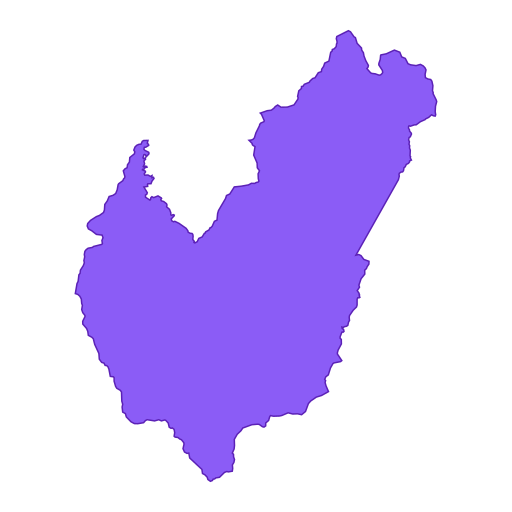 the district of Utcubamba, Amazonas, Peru
{"feature_id": "86281439B73315101481334", "entity_name": "Utcubamba", "entity_type": "district", "adm_level": 2, "iso_a3": "PER", "parent_name": "Peru", "parent_adm1": "Amazonas", "projection": "robinson", "projection_center": [-78.316, -5.759], "detail": "fine", "context": "isolated", "style": "filled", "palette": "violet", "viewbox_px": 512, "rotation_deg": 0, "n_neighbors": 0, "source": "geoboundaries", "source_scale": "gbopen_adm2", "svg_char_len": 6013}
<svg xmlns="http://www.w3.org/2000/svg" viewBox="0 0 512 512"><path d="M148.0,140.4L143.7,140.5L142.3,141.3L141.0,144.2L139.0,144.3L136.7,145.3L135.0,147.0L133.8,150.1L134.8,151.8L134.4,153.8L129.8,157.5L129.4,162.1L127.5,164.7L127.1,167.7L125.0,168.8L123.3,170.8L124.9,176.6L124.6,177.9L123.6,178.9L122.8,180.7L118.7,183.7L118.1,184.7L117.2,189.8L115.7,193.5L113.1,195.3L109.1,196.5L107.3,200.9L104.8,204.4L104.4,210.1L103.5,212.5L99.5,215.4L96.4,216.6L90.5,220.4L87.7,223.5L87.2,226.0L88.4,228.9L91.8,230.8L96.4,234.4L102.1,235.1L103.0,237.7L101.9,240.5L102.4,243.6L101.7,244.4L93.4,246.5L92.5,247.4L88.1,248.2L86.2,249.6L84.9,251.3L84.3,254.5L84.7,256.8L83.9,260.5L84.3,262.9L83.3,265.6L80.4,270.2L80.1,273.3L78.9,274.8L78.1,281.4L77.0,283.6L75.3,293.6L77.8,294.4L79.8,296.2L81.3,299.0L81.7,303.5L82.4,305.3L81.7,309.6L82.8,312.7L84.9,315.4L85.0,316.6L82.7,321.3L82.8,324.1L86.6,328.5L87.8,331.5L88.3,335.3L91.9,337.3L93.3,338.7L94.7,344.4L98.9,353.5L99.3,359.2L101.7,362.4L104.0,363.1L105.1,365.4L106.7,365.6L107.9,366.7L108.9,369.1L110.3,376.4L113.4,376.8L114.1,377.6L114.1,381.2L115.6,386.4L116.8,388.3L120.3,390.3L121.5,392.0L121.8,401.1L122.7,404.3L122.1,407.0L122.7,412.1L125.4,413.6L126.3,416.9L131.0,421.8L134.4,423.6L137.8,423.7L143.6,422.7L145.4,420.6L147.1,419.7L154.6,420.9L158.8,419.7L161.4,420.9L164.7,420.0L165.7,420.3L168.2,423.0L169.2,427.2L171.0,428.3L172.4,428.0L174.1,429.4L174.7,432.7L174.1,436.2L175.1,437.1L177.9,437.5L179.9,439.1L181.4,439.7L183.8,442.7L184.0,444.2L183.0,448.7L184.5,452.0L187.0,453.4L188.8,453.1L189.7,458.0L201.9,469.4L202.5,473.5L204.9,474.8L207.2,477.2L207.9,479.5L210.4,481.3L212.4,480.5L213.1,479.2L214.7,478.9L215.8,477.9L219.5,477.3L224.5,472.4L226.8,471.5L228.3,471.9L232.3,471.2L232.7,468.5L232.4,464.9L233.9,462.4L234.5,459.5L233.6,456.9L233.5,454.3L232.3,453.1L234.1,449.0L234.5,445.6L234.3,439.4L237.2,434.3L240.9,430.8L242.8,428.0L251.9,424.7L257.6,424.2L259.2,424.4L262.4,426.7L264.0,427.1L265.7,425.9L265.7,423.0L268.6,420.5L269.7,416.7L270.5,415.6L273.4,416.2L279.5,416.0L281.8,415.5L288.1,412.8L292.7,414.0L297.6,413.8L301.6,414.7L305.5,411.5L308.4,403.6L310.7,401.0L316.3,397.1L321.5,395.5L328.5,391.6L326.0,385.8L325.1,382.5L325.6,380.5L324.7,379.4L325.8,376.8L328.3,374.9L330.5,367.9L333.0,363.5L334.1,362.9L340.6,361.6L341.8,360.6L337.4,354.0L337.4,352.7L338.1,350.1L341.4,343.9L341.3,339.4L340.1,338.2L340.1,336.8L341.8,332.4L342.1,332.0L343.1,332.2L344.0,331.4L343.6,329.5L342.2,328.5L341.9,327.1L343.5,327.5L344.2,326.7L346.4,326.3L347.8,325.4L348.6,321.9L349.5,320.5L349.2,317.4L349.5,315.6L353.2,310.2L356.5,307.0L357.1,305.0L357.1,299.3L357.7,297.8L359.1,297.8L359.9,297.3L359.2,295.8L359.6,295.0L359.1,294.3L359.1,293.3L357.2,290.6L359.5,287.2L358.9,285.1L361.1,278.7L364.8,274.1L364.7,270.2L366.4,268.6L367.2,266.6L368.9,264.1L369.0,261.3L363.8,259.4L361.0,255.6L358.7,254.5L355.9,255.2L398.4,179.7L399.3,176.1L399.0,174.6L399.3,173.3L401.0,172.1L402.6,171.9L403.5,170.7L404.0,167.7L405.2,166.8L406.3,164.4L408.4,163.4L409.5,162.0L409.6,160.9L411.4,160.1L410.3,157.9L410.6,156.6L410.0,155.9L410.3,150.1L409.5,148.0L409.7,145.7L409.0,144.2L409.4,141.7L408.6,139.9L409.1,137.5L410.3,136.8L411.5,134.0L411.1,132.9L409.6,131.2L409.5,129.9L408.5,128.1L408.6,126.4L409.1,125.8L410.5,126.2L414.2,124.9L416.2,124.8L420.4,121.7L425.1,119.6L425.6,118.9L428.7,117.4L431.5,114.8L433.4,115.8L435.2,116.1L435.7,114.8L435.2,111.7L435.5,106.2L436.7,101.6L436.2,99.9L433.1,93.7L433.2,92.6L432.5,90.7L432.9,85.7L431.9,81.2L430.7,79.5L427.9,79.0L425.4,77.6L425.1,74.4L426.0,69.9L425.0,67.8L423.2,65.9L420.4,64.4L416.1,65.6L410.6,64.8L408.0,63.7L405.3,58.4L401.7,56.9L399.8,52.2L394.4,50.1L386.3,53.8L380.9,54.9L380.6,55.4L380.2,59.5L378.9,63.3L378.8,64.9L382.4,70.5L382.7,72.5L382.1,73.5L380.7,74.8L379.2,75.2L375.2,73.8L371.8,73.4L370.6,72.8L366.9,68.6L368.1,67.0L368.4,65.4L365.8,60.7L364.0,56.0L363.4,52.7L361.7,50.1L361.5,48.0L357.1,43.3L355.4,37.6L354.0,36.8L350.5,31.8L348.4,30.7L336.8,36.5L336.3,38.7L337.0,41.2L337.0,43.2L336.5,43.9L336.2,46.6L334.2,48.8L332.3,49.5L332.2,50.9L330.7,52.3L328.9,61.1L324.7,63.1L323.6,66.4L321.7,69.2L321.4,71.6L318.3,72.7L315.0,77.8L312.7,78.5L310.0,81.0L309.3,82.3L304.3,84.3L303.0,86.3L301.5,86.5L301.4,88.5L298.8,90.8L297.6,96.5L298.1,97.5L297.9,99.1L294.0,104.9L287.3,107.1L281.0,107.2L277.7,105.0L275.3,106.5L273.9,108.2L271.3,110.2L267.2,110.7L260.3,113.1L261.5,114.3L264.3,120.8L263.9,121.7L260.7,123.1L259.7,124.4L259.5,125.6L255.9,132.9L254.4,137.8L253.2,139.2L251.4,140.0L249.0,140.3L252.1,143.4L252.3,144.6L253.0,145.4L255.0,146.6L253.7,155.1L257.1,163.0L257.3,167.8L259.5,170.8L258.1,173.8L258.3,178.8L258.9,181.2L258.1,182.1L256.2,182.5L254.7,183.4L251.4,183.3L248.5,184.9L241.2,186.2L234.3,186.9L229.8,194.0L226.5,195.5L225.5,198.6L218.5,210.5L217.6,213.6L217.0,220.1L214.4,221.3L212.2,226.3L210.8,227.7L210.1,227.7L209.0,229.9L205.6,231.9L205.2,233.0L204.3,233.4L202.2,236.9L198.8,238.4L197.2,241.7L194.9,242.9L194.0,242.5L194.3,241.4L192.8,239.5L193.1,236.2L192.8,234.4L192.1,233.5L189.9,233.2L188.1,232.1L187.9,230.8L186.1,228.3L179.1,223.4L174.8,221.3L173.5,221.8L171.8,220.8L171.2,219.0L174.2,215.8L174.3,215.1L173.2,214.6L171.6,215.3L170.8,214.8L170.8,212.7L169.5,209.3L166.6,206.8L167.0,205.0L166.5,203.7L163.7,201.5L161.3,200.8L160.8,199.5L161.6,198.5L161.3,197.9L158.0,195.9L153.7,197.6L151.9,196.7L150.8,197.8L150.5,199.6L149.9,200.1L145.5,197.2L145.5,195.0L146.8,194.2L147.3,192.7L143.9,187.0L147.7,186.4L147.5,184.5L147.8,183.8L151.0,183.7L152.0,181.1L154.0,178.5L153.5,177.3L151.9,177.7L152.0,175.5L150.4,176.4L148.0,175.0L144.8,175.2L144.2,173.9L145.5,172.0L145.4,171.2L142.4,169.8L142.6,169.3L144.0,169.2L145.1,167.6L147.0,167.2L146.7,166.4L145.2,166.1L143.9,167.1L143.2,166.7L144.6,163.8L143.9,161.1L145.6,159.1L145.0,158.0L143.5,158.6L143.0,157.7L143.9,154.7L144.7,154.5L145.7,155.1L146.1,156.9L148.8,154.1L149.0,153.1L148.6,152.2L144.9,150.4L143.9,149.3L144.3,147.3L145.8,147.2L148.7,145.4L148.5,144.4L147.3,143.2L148.0,140.4Z" fill="#8b5cf6" stroke="#5b21b6" stroke-width="1.5"/></svg>